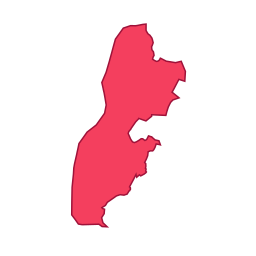 Nkanu East, Enugu, Nigeria, rotated 194°
{"feature_id": "59680162B97802053648263", "entity_name": "Nkanu East", "entity_type": "district", "adm_level": 2, "iso_a3": "NGA", "parent_name": "Nigeria", "parent_adm1": "Enugu", "projection": "albers", "projection_center": [7.631, 6.32], "detail": "fine", "context": "isolated", "style": "filled", "palette": "rose", "viewbox_px": 256, "rotation_deg": 194, "n_neighbors": 0, "source": "geoboundaries", "source_scale": "gbopen_adm2", "svg_char_len": 2193}
<svg xmlns="http://www.w3.org/2000/svg" viewBox="0 0 256 256"><g transform="rotate(194 128 128)"><path d="M102.2,97.8L103.5,98.5L102.9,101.3L102.7,102.0L102.2,105.9L102.7,109.8L100.9,111.2L98.5,111.8L97.7,113.3L97.1,115.8L96.8,119.3L93.7,119.5L92.5,119.5L94.9,123.1L98.9,123.0L101.0,124.1L102.0,124.6L102.9,125.2L103.4,125.1L105.6,125.3L106.2,125.3L107.0,121.7L107.7,120.7L108.6,120.0L111.1,121.1L112.6,120.8L114.5,118.6L116.5,116.6L118.3,115.4L120.3,115.6L122.8,117.9L123.7,119.1L126.5,122.7L126.4,124.7L125.5,126.6L125.4,126.7L125.0,127.5L124.9,128.3L122.5,134.6L122.1,135.6L122.0,135.9L119.8,139.7L119.8,139.9L112.3,139.2L107.9,145.1L108.2,146.6L94.3,149.4L94.3,153.1L94.0,158.1L92.9,163.1L91.2,166.1L85.8,169.6L93.2,173.1L93.9,173.4L93.2,175.9L90.4,187.5L84.2,187.1L86.0,196.8L92.5,205.6L97.7,202.9L107.1,202.1L113.4,203.6L113.5,203.6L114.0,201.5L115.3,200.0L116.6,199.5L118.5,199.9L120.8,200.7L120.8,202.8L120.3,204.8L121.7,208.0L123.8,209.8L124.8,212.7L124.5,213.6L124.2,216.8L124.3,217.0L125.9,220.0L126.0,220.1L126.6,221.1L129.2,223.3L130.5,223.8L131.5,224.3L133.1,225.9L134.1,227.1L135.6,233.2L138.7,232.1L143.8,229.7L145.5,229.0L150.3,227.9L153.4,225.9L156.7,223.8L161.7,211.2L161.9,203.4L162.0,197.3L162.2,189.8L162.2,188.6L162.7,176.7L164.4,165.8L161.7,160.4L161.2,159.3L159.8,156.6L157.6,151.7L154.7,145.0L154.7,144.9L154.3,137.0L154.3,136.6L154.9,135.0L159.5,123.3L166.7,114.1L167.5,112.0L169.3,107.4L171.8,101.1L171.6,96.2L171.5,92.3L171.4,90.3L171.2,80.2L170.9,76.0L169.8,70.2L167.9,57.0L167.2,53.9L164.7,43.1L161.6,30.1L157.4,26.7L152.9,22.8L149.1,23.1L133.0,27.6L129.3,26.1L124.3,27.1L129.4,30.0L130.9,32.8L131.9,34.6L130.4,39.1L131.1,43.5L133.2,43.7L134.1,44.4L131.2,47.4L130.1,50.9L125.7,55.9L122.7,59.4L121.2,60.3L120.3,60.9L119.5,61.4L115.6,61.9L114.9,62.4L112.9,63.6L112.7,64.2L111.7,67.3L111.2,67.6L111.0,68.6L110.8,69.0L110.9,69.5L111.2,69.8L111.1,70.2L111.3,70.7L112.3,71.2L112.2,71.7L111.6,73.9L110.3,79.1L109.0,84.7L108.5,83.5L108.1,83.4L107.6,82.4L105.6,85.3L104.5,84.9L104.3,84.6L104.0,84.7L103.4,85.2L101.1,87.3L99.8,89.0L99.5,89.8L100.4,90.5L100.5,92.3L100.6,92.7L101.3,93.0L101.4,95.2L102.2,97.8Z" fill="#f43f5e" stroke="#9f1239" stroke-width="1.5"/></g></svg>